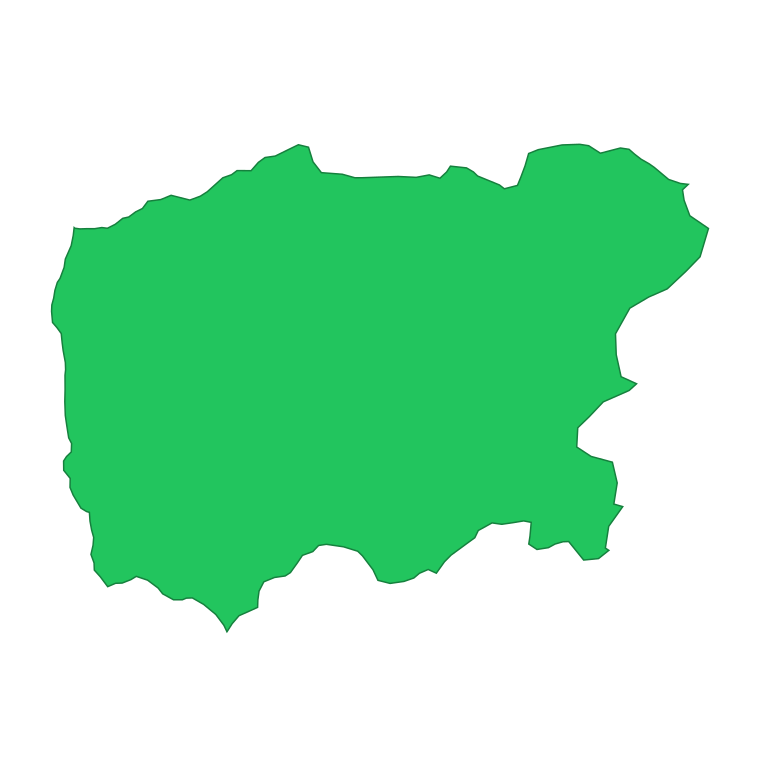 Pentakomo, Limassol, Cyprus, rotated 88°
{"feature_id": "46923920B26636173869632", "entity_name": "Pentakomo", "entity_type": "district", "adm_level": 2, "iso_a3": "CYP", "parent_name": "Cyprus", "parent_adm1": "Limassol", "projection": "mercator", "projection_center": [33.252, 34.733], "detail": "fine", "context": "isolated", "style": "filled", "palette": "green", "viewbox_px": 768, "rotation_deg": 88, "n_neighbors": 0, "source": "geoboundaries", "source_scale": "gbopen_adm2", "svg_char_len": 2559}
<svg xmlns="http://www.w3.org/2000/svg" viewBox="0 0 768 768"><g transform="rotate(88 384 384)"><path d="M195.1,73.0L193.9,80.8L189.5,92.4L177.0,106.3L173.2,111.3L168.4,119.1L163.0,125.6L158.0,130.9L156.4,139.5L160.9,159.7L153.0,171.1L151.3,180.0L151.3,197.7L155.2,221.7L158.7,231.4L170.9,235.4L182.0,240.0L190.2,243.7L193.1,256.9L189.1,261.7L179.4,283.2L175.2,287.2L170.9,294.0L168.6,310.0L174.3,314.0L180.3,320.9L176.6,331.5L178.6,344.6L177.1,362.6L177.1,373.5L177.1,384.1L177.1,398.1L176.9,405.8L172.9,418.4L170.6,439.2L159.5,447.2L144.7,451.2L141.9,461.2L147.0,472.7L152.4,484.7L153.5,495.0L158.1,501.8L166.2,509.4L165.8,518.2L165.6,523.4L169.5,529.0L172.3,537.9L185.7,553.9L189.9,561.0L193.4,571.6L188.0,590.2L191.9,600.7L193.1,613.6L200.2,619.3L203.3,626.2L208.2,633.3L209.3,639.3L215.0,647.0L218.7,655.0L217.8,660.5L218.7,667.9L218.4,675.6L218.4,682.5L217.5,687.6L216.9,688.2L224.8,689.4L234.9,691.8L242.4,695.4L248.0,698.1L256.3,699.6L267.2,704.1L271.0,706.9L278.9,709.6L286.6,711.1L293.4,713.2L299.8,713.7L311.0,713.1L316.2,708.9L322.3,704.8L331.5,704.2L339.2,703.5L351.4,701.7L358.6,701.7L364.2,702.5L378.2,702.9L390.4,703.6L404.4,703.6L414.3,702.5L426.8,701.0L432.5,698.3L441.0,698.9L445.4,703.8L449.8,706.9L459.1,707.1L467.4,700.9L476.4,701.4L484.2,698.5L497.5,691.2L501.1,685.7L502.0,682.9L510.8,682.6L519.7,681.3L527.2,679.5L535.0,680.4L544.1,682.8L552.7,680.0L559.9,680.0L566.7,674.3L576.9,667.2L573.8,659.2L573.8,652.6L570.7,643.8L567.6,638.3L571.8,627.1L580.0,616.9L586.0,612.5L592.3,601.9L592.6,593.0L591.1,589.0L591.1,583.0L598.0,571.9L608.5,560.1L619.6,552.4L626.1,549.6L625.3,549.0L618.2,544.1L610.5,537.0L605.9,525.6L602.8,518.1L595.4,517.6L586.6,516.1L577.5,511.0L573.5,500.1L572.4,489.5L569.2,484.1L559.6,476.7L552.4,471.5L549.0,461.0L543.1,455.0L542.2,447.2L545.3,430.1L550.2,416.1L555.0,411.5L566.4,403.5L569.2,401.5L580.0,396.9L583.5,384.9L582.0,370.9L578.9,360.9L574.4,355.2L570.9,346.3L574.9,338.3L563.8,329.8L557.3,322.9L550.7,313.2L547.0,307.8L540.8,298.6L533.7,294.9L526.6,280.9L528.3,271.2L527.1,260.0L525.7,249.2L527.4,241.7L541.1,243.4L549.0,244.9L554.7,236.9L553.3,225.4L549.9,218.6L547.9,210.6L547.9,204.9L566.9,190.6L566.0,175.9L565.8,175.5L558.1,165.1L555.7,168.5L534.1,164.4L514.9,149.7L512.0,158.5L491.0,154.4L470.1,158.5L463.6,179.6L453.7,193.6L434.5,191.9L424.0,180.2L409.5,165.5L399.0,139.2L392.6,131.6L385.0,146.8L362.8,150.9L341.9,150.9L316.8,135.7L306.3,116.4L298.8,97.6L281.9,78.3L267.9,63.7L239.9,54.3L226.5,72.5L210.8,77.7L200.3,78.9L195.1,73.0Z" fill="#22c55e" stroke="#15803d" stroke-width="1.5"/></g></svg>